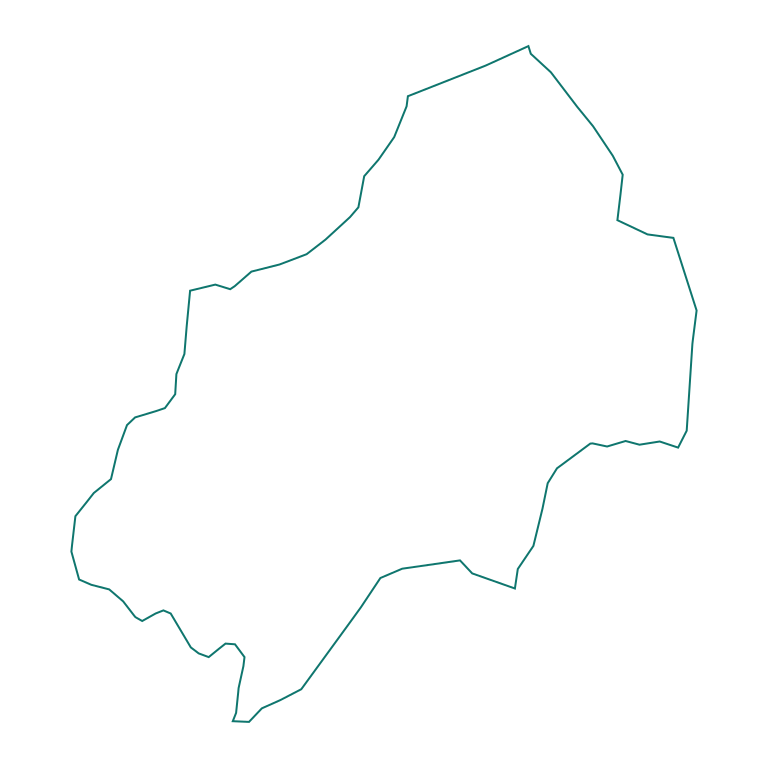 outline of Haute-Sanaga, Centre, Cameroon
{"feature_id": "32672807B25561230915667", "entity_name": "Haute-Sanaga", "entity_type": "district", "adm_level": 2, "iso_a3": "CMR", "parent_name": "Cameroon", "parent_adm1": "Centre", "projection": "equal_earth", "projection_center": [12.366, 4.679], "detail": "fine", "context": "isolated", "style": "outline", "palette": "teal", "viewbox_px": 768, "rotation_deg": 0, "n_neighbors": 0, "source": "geoboundaries", "source_scale": "gbopen_adm2", "svg_char_len": 1327}
<svg xmlns="http://www.w3.org/2000/svg" viewBox="0 0 768 768"><path d="M678.1,447.6L686.7,430.7L692.4,343.9L692.9,339.6L696.6,310.5L673.4,237.9L647.5,234.4L617.4,220.2L620.5,194.3L622.7,174.7L612.8,155.8L593.1,126.3L577.2,106.8L550.9,72.3L530.8,53.8L528.4,46.1L485.6,65.6L407.9,96.2L406.6,106.3L394.2,137.1L378.5,159.7L364.2,176.2L358.4,207.3L350.0,217.1L325.5,239.6L306.6,254.2L279.5,264.5L251.4,271.6L234.8,286.1L230.2,289.2L215.3,284.6L190.1,290.7L186.7,326.2L184.9,347.9L184.4,354.0L178.8,368.0L176.4,374.1L175.2,394.2L164.9,408.1L155.7,411.2L135.1,417.4L131.0,421.3L127.0,425.1L117.9,449.8L111.0,479.1L93.8,493.0L87.3,501.3L75.4,516.2L72.0,545.6L71.4,551.6L79.1,579.5L91.3,584.8L109.2,589.4L123.2,601.4L125.5,604.4L134.3,615.8L135.5,617.2L142.2,621.0L155.6,613.5L163.4,610.4L170.7,613.5L177.4,624.8L189.8,645.7L190.8,647.4L198.7,653.4L208.7,657.1L210.2,655.9L218.8,648.9L225.5,643.6L235.0,644.3L244.5,657.1L243.4,666.2L238.6,688.1L238.2,692.5L236.1,712.9L232.8,721.2L249.0,721.9L261.8,708.4L263.5,707.6L280.3,700.1L301.3,689.2L350.7,621.4L360.9,607.3L378.8,580.4L380.4,578.0L402.2,568.7L460.0,560.4L472.2,573.4L514.9,588.5L517.8,569.0L533.4,545.9L542.5,508.6L547.7,483.2L557.0,468.3L590.3,443.6L592.6,443.4L607.1,446.5L625.6,441.0L639.5,444.7L659.7,441.5L678.1,447.6Z" fill="none" stroke="#0f766e" stroke-width="2"/></svg>